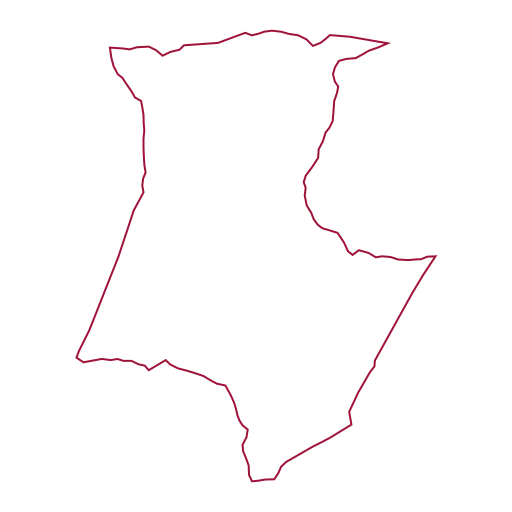 Irará, Bahia, Brazil (Mercator projection)
{"feature_id": "56859067B61653913557352", "entity_name": "Irará", "entity_type": "district", "adm_level": 2, "iso_a3": "BRA", "parent_name": "Brazil", "parent_adm1": "Bahia", "projection": "mercator", "projection_center": [-38.751, -12.053], "detail": "fine", "context": "isolated", "style": "outline", "palette": "rose", "viewbox_px": 512, "rotation_deg": 0, "n_neighbors": 0, "source": "geoboundaries", "source_scale": "gbopen_adm2", "svg_char_len": 1853}
<svg xmlns="http://www.w3.org/2000/svg" viewBox="0 0 512 512"><path d="M109.9,47.6L111.4,58.1L113.6,66.3L117.8,74.2L122.4,77.9L126.7,84.4L131.5,91.4L135.1,97.6L141.1,101.0L142.3,107.3L143.5,115.0L143.7,123.2L144.3,130.5L143.5,138.8L143.5,147.5L143.8,155.7L144.4,165.1L145.6,172.4L143.1,178.6L142.3,185.4L143.5,192.4L133.7,210.5L128.7,225.7L118.4,256.7L89.2,330.5L78.9,351.1L76.5,357.7L83.5,362.3L101.9,358.9L110.5,360.1L117.5,359.0L123.6,360.9L131.5,360.9L138.6,364.3L144.7,365.6L148.7,370.2L165.7,360.1L170.0,364.3L177.8,368.3L186.6,370.6L195.8,373.4L203.6,376.1L209.8,379.9L216.9,383.7L225.4,385.5L230.9,395.5L234.3,403.2L236.2,409.6L237.4,415.2L239.5,420.6L242.5,425.3L247.7,429.6L246.5,437.2L242.6,444.7L243.1,451.3L245.6,457.1L248.7,465.6L249.0,474.9L252.0,481.3L258.4,480.7L265.5,479.5L274.3,479.3L278.3,473.1L281.1,466.7L286.2,461.9L312.3,446.9L319.8,443.1L329.9,437.8L351.4,424.6L349.2,411.8L358.1,392.7L370.0,372.1L374.4,366.5L374.9,360.5L412.3,293.0L423.0,275.2L435.5,256.3L427.2,256.7L421.1,259.2L414.8,259.5L408.0,260.1L398.2,259.5L390.5,257.0L382.0,256.3L375.8,257.3L368.5,252.9L358.8,250.2L352.6,254.9L348.0,251.3L344.1,242.7L337.6,232.9L328.1,229.9L322.3,228.2L317.8,224.8L313.7,219.2L311.3,212.9L306.7,205.4L304.7,195.4L305.7,187.8L303.7,182.2L305.7,175.7L312.3,166.9L318.1,157.9L318.7,149.2L322.9,141.3L325.6,132.5L329.3,127.9L332.7,121.0L333.6,109.8L334.2,101.0L337.0,93.0L338.2,86.6L334.8,81.4L333.0,74.2L334.9,67.5L338.9,60.9L346.3,58.9L355.7,58.1L363.1,54.1L368.8,50.7L378.5,47.3L387.7,43.3L349.6,36.7L329.9,35.1L325.4,39.1L320.5,42.9L312.9,45.9L306.5,39.4L298.2,35.3L288.9,33.9L281.1,31.7L271.9,30.7L264.2,31.7L258.2,33.8L251.7,35.3L245.3,32.8L218.0,42.9L183.9,45.3L179.6,49.7L170.4,51.9L162.6,55.7L156.0,50.1L148.7,46.6L136.7,47.3L129.6,49.4L123.2,48.5L117.1,48.1L109.9,47.6Z" fill="none" stroke="#9f1239" stroke-width="2"/></svg>